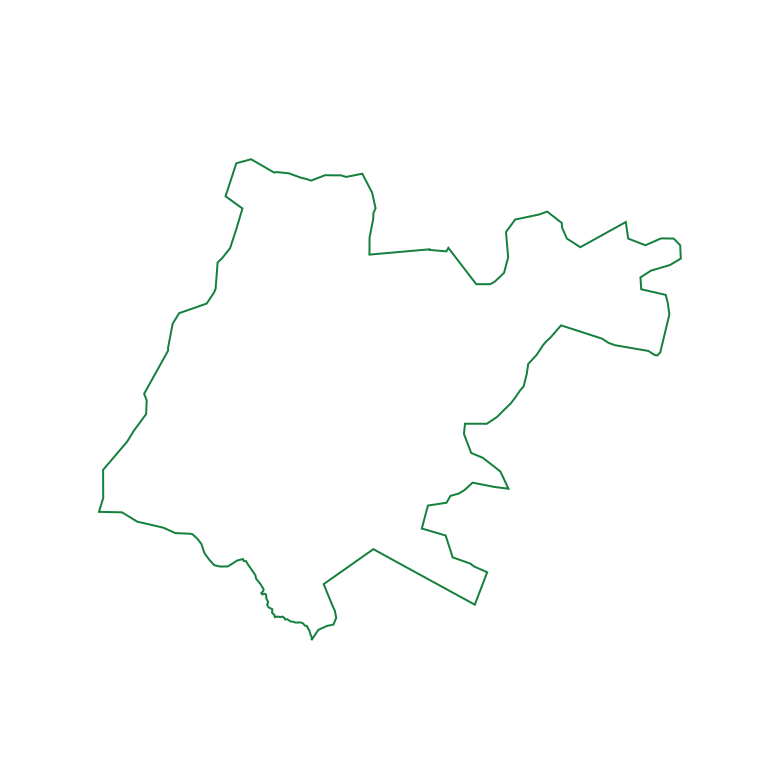 the district of Kanke, Plateau, Nigeria, rotated 207°
{"feature_id": "59680162B46182656305392", "entity_name": "Kanke", "entity_type": "district", "adm_level": 2, "iso_a3": "NGA", "parent_name": "Nigeria", "parent_adm1": "Plateau", "projection": "orthographic", "projection_center": [9.61, 9.363], "detail": "fine", "context": "isolated", "style": "outline", "palette": "green", "viewbox_px": 768, "rotation_deg": 207, "n_neighbors": 0, "source": "geoboundaries", "source_scale": "gbopen_adm2", "svg_char_len": 2374}
<svg xmlns="http://www.w3.org/2000/svg" viewBox="0 0 768 768"><g transform="rotate(207 384 384)"><path d="M202.9,228.6L206.6,263.1L220.9,262.3L225.6,263.2L244.1,260.7L260.3,277.0L284.7,272.4L289.7,295.6L274.4,306.6L274.0,314.5L267.8,320.2L264.1,326.0L260.3,336.3L238.9,342.4L225.6,347.2L240.6,358.9L262.5,363.1L274.9,362.1L288.6,374.4L290.2,376.1L293.8,385.4L274.4,395.2L268.3,406.0L264.6,417.5L262.3,423.9L260.9,431.5L259.8,440.1L258.5,445.2L261.4,457.8L264.6,467.4L261.2,479.3L259.9,491.0L258.5,496.6L256.9,500.4L252.9,516.6L210.2,523.4L202.6,522.6L195.9,523.4L163.3,533.5L156.1,532.7L155.9,532.7L153.4,533.6L152.2,537.6L161.3,575.5L167.6,584.6L173.4,591.3L197.8,585.2L203.9,595.4L197.6,606.2L183.1,620.0L176.5,630.5L183.1,642.1L191.9,645.1L203.3,639.5L214.1,626.3L232.4,624.4L242.1,638.1L271.2,595.0L287.1,596.6L296.2,604.1L298.7,608.2L316.9,611.7L322.7,605.5L341.8,590.1L344.3,574.8L330.9,553.2L327.5,537.6L331.7,525.6L334.7,521.1L347.1,514.8L388.5,534.5L388.6,530.5L405.2,523.8L403.7,525.2L455.7,492.7L463.3,507.8L468.4,525.7L471.0,531.4L471.3,536.8L481.5,549.1L498.8,561.5L511.8,551.3L517.0,550.4L522.5,547.6L531.3,543.3L541.2,532.2L546.7,531.3L551.7,530.1L564.5,528.5L575.8,524.1L577.9,522.5L604.5,523.9L615.8,513.6L610.4,479.3L589.8,476.1L585.7,453.9L582.8,435.1L585.4,422.4L587.4,416.7L577.2,392.2L577.0,388.3L578.5,375.2L598.7,354.1L599.7,341.8L592.8,318.1L591.5,315.8L593.3,266.4L588.0,261.7L582.3,249.2L585.7,228.7L586.7,216.0L595.3,180.0L582.4,154.9L579.9,140.7L559.2,150.7L557.4,150.6L541.4,149.3L515.4,155.8L502.3,156.4L491.3,161.4L489.4,162.3L486.5,163.2L480.0,161.4L474.1,158.6L467.1,151.7L459.9,148.1L453.1,145.5L447.3,146.9L440.5,150.4L437.3,155.5L434.9,159.8L430.2,164.0L428.5,162.6L426.6,163.5L422.7,161.1L416.7,157.9L411.9,155.3L409.5,152.4L403.2,149.6L398.0,146.4L397.6,144.5L398.4,142.0L396.8,141.3L395.2,142.9L393.6,142.9L392.5,141.5L392.0,140.0L388.2,137.1L388.0,134.4L385.5,132.6L381.2,132.6L379.9,129.4L376.9,128.5L375.4,126.7L373.6,128.3L370.5,129.3L368.8,130.7L366.4,130.3L365.1,129.3L363.3,130.5L359.1,130.0L357.0,131.0L354.6,131.2L350.0,133.7L347.4,133.9L344.9,132.9L344.6,133.0L342.5,133.3L341.5,132.2L338.5,130.3L335.5,127.2L333.3,125.5L332.3,122.9L330.9,135.1L325.2,142.3L319.8,146.8L320.4,154.0L325.0,159.8L328.9,162.8L337.5,170.2L346.9,178.3L318.5,232.0L289.0,231.1L202.9,228.6Z" fill="none" stroke="#15803d" stroke-width="2"/></g></svg>